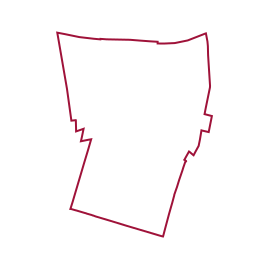 outline of Rast, Dolj, Romania, rotated 187°
{"feature_id": "2599482B92282962106723", "entity_name": "Rast", "entity_type": "district", "adm_level": 2, "iso_a3": "ROU", "parent_name": "Romania", "parent_adm1": "Dolj", "projection": "natural_earth1", "projection_center": [23.283, 43.898], "detail": "fine", "context": "isolated", "style": "outline", "palette": "rose", "viewbox_px": 256, "rotation_deg": 187, "n_neighbors": 0, "source": "geoboundaries", "source_scale": "gbopen_adm2", "svg_char_len": 1410}
<svg xmlns="http://www.w3.org/2000/svg" viewBox="0 0 256 256"><g transform="rotate(187 128 128)"><path d="M175.3,40.6L175.1,40.6L174.8,40.7L174.4,40.7L174.2,40.6L173.5,40.5L170.5,40.0L168.9,39.8L161.8,38.6L159.2,38.2L158.5,38.0L156.0,37.6L154.7,37.4L154.1,37.3L153.8,37.3L153.0,37.1L152.5,36.9L151.9,36.9L149.5,36.3L134.6,33.8L117.1,30.7L81.9,24.8L80.3,24.6L80.0,24.6L79.8,25.9L78.9,32.6L76.8,47.6L75.6,55.3L75.1,58.4L75.0,59.0L73.9,66.8L73.9,67.7L73.7,68.4L72.9,72.2L72.2,75.3L70.9,82.6L68.8,92.6L68.3,95.4L67.0,101.5L66.6,101.7L66.4,101.8L66.3,102.1L66.6,102.4L66.6,102.5L67.5,103.0L68.2,103.3L67.9,103.9L67.2,105.7L65.4,110.1L64.6,112.1L63.8,111.7L62.8,111.0L60.2,109.3L59.8,109.0L59.6,108.9L58.8,111.0L58.0,113.1L55.8,118.6L55.7,118.9L55.2,125.3L54.8,134.6L54.2,134.5L47.4,133.8L46.2,150.1L53.7,151.1L53.3,156.9L51.6,178.2L51.7,179.8L56.1,203.2L57.4,210.2L58.7,219.0L59.7,223.6L62.2,231.4L62.9,231.1L64.9,230.0L79.4,222.2L91.9,218.0L102.6,216.2L108.9,215.5L109.1,217.2L117.1,216.7L127.3,216.2L136.7,215.8L152.2,214.2L160.0,213.4L166.2,213.1L166.2,212.6L173.0,212.4L187.4,212.3L202.3,213.5L209.8,214.0L193.3,159.3L185.1,128.4L184.2,128.6L180.8,129.4L180.7,129.2L179.4,120.5L179.1,118.3L175.0,120.3L172.0,121.8L172.6,114.2L173.1,109.1L165.9,111.5L163.2,112.3L163.4,111.1L164.8,102.4L165.3,99.4L167.2,88.4L169.3,75.8L172.7,55.5L173.9,48.2L175.3,40.6Z" fill="none" stroke="#9f1239" stroke-width="2"/></g></svg>